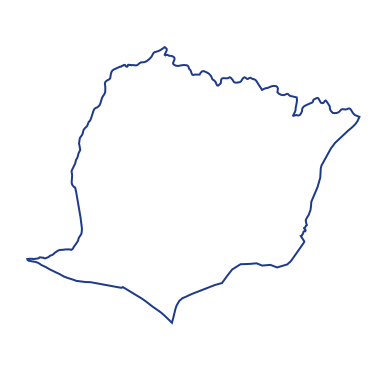 Sukhuma, Champasak, Laos (Albers equal-area conic projection), rotated 109°
{"feature_id": "54806243B81764189920693", "entity_name": "Sukhuma", "entity_type": "district", "adm_level": 2, "iso_a3": "LAO", "parent_name": "Laos", "parent_adm1": "Champasak", "projection": "albers", "projection_center": [105.623, 14.635], "detail": "fine", "context": "isolated", "style": "outline", "palette": "blue", "viewbox_px": 384, "rotation_deg": 109, "n_neighbors": 0, "source": "geoboundaries", "source_scale": "gbopen_adm2", "svg_char_len": 5437}
<svg xmlns="http://www.w3.org/2000/svg" viewBox="0 0 384 384"><g transform="rotate(109 192 192)"><path d="M66.5,58.1L66.3,60.8L66.2,63.1L65.1,65.3L62.3,68.8L61.8,69.9L61.9,70.6L62.4,71.6L63.6,72.9L64.1,74.0L64.6,76.6L65.4,77.6L66.5,78.2L68.3,79.0L69.2,79.7L70.2,81.0L71.0,82.9L71.4,84.7L69.9,87.4L68.5,88.6L66.3,89.6L65.8,90.1L64.4,91.8L62.1,94.9L62.0,95.4L62.8,96.1L64.1,96.4L65.0,96.8L65.5,97.6L65.7,98.9L64.9,100.1L62.3,103.0L62.2,103.4L62.3,104.2L63.2,105.3L64.9,106.9L65.5,107.2L67.3,107.1L68.3,107.5L69.1,108.4L72.1,111.7L73.6,113.2L74.9,114.2L76.6,114.8L77.7,114.8L79.8,114.3L82.0,114.5L83.8,115.0L84.7,115.8L85.2,116.8L85.3,118.5L86.9,120.8L86.8,121.3L84.5,121.0L82.8,120.7L80.8,120.8L78.0,121.5L75.9,121.7L71.7,122.4L69.0,123.5L68.5,123.8L68.8,127.3L69.1,129.4L69.1,131.1L68.2,132.9L68.1,133.6L68.3,134.1L70.6,136.8L71.1,139.4L70.8,141.7L69.9,143.7L66.3,144.4L65.5,145.0L65.1,145.5L64.7,146.0L64.6,147.0L65.0,149.1L66.0,151.0L67.5,152.7L69.0,154.4L70.0,156.3L71.1,157.6L72.7,159.0L71.2,160.8L68.5,164.3L66.2,167.1L65.4,168.6L65.2,169.6L65.4,171.6L64.9,173.8L65.6,175.0L66.3,175.5L67.0,176.0L67.1,177.1L66.6,178.4L66.4,179.5L67.2,180.4L68.3,181.0L70.2,181.4L71.4,181.7L72.3,182.3L73.0,183.3L73.5,184.2L74.4,186.2L74.5,187.8L74.1,188.5L72.7,190.2L71.6,192.1L71.2,193.1L71.4,194.0L72.0,194.4L72.6,195.0L73.2,196.0L73.8,198.3L74.2,199.6L74.8,200.5L75.7,200.9L76.9,200.9L78.9,200.4L79.8,200.2L81.1,200.9L82.4,201.6L83.0,202.1L83.0,202.9L82.0,204.1L80.3,205.5L79.2,207.6L79.1,208.5L78.5,209.7L76.7,211.2L75.9,212.2L75.5,212.9L74.7,214.4L74.5,215.1L74.1,217.1L74.0,218.6L73.8,219.5L74.1,220.7L74.5,221.6L75.4,222.1L76.3,222.6L77.8,222.9L78.5,223.0L79.3,225.2L80.0,227.5L80.8,228.6L81.0,229.3L80.9,230.1L79.8,231.1L77.9,232.6L77.2,233.3L76.7,234.5L75.9,235.3L75.1,235.8L74.2,236.6L73.9,237.6L74.2,239.8L74.9,241.8L76.1,244.0L77.3,246.1L77.8,248.2L77.6,250.2L77.1,251.3L76.3,251.9L75.1,251.8L74.2,251.8L72.6,251.7L71.7,251.9L70.9,252.3L70.3,253.3L70.0,255.0L70.2,256.4L70.6,258.0L70.4,259.3L70.4,260.1L71.0,261.4L71.5,261.7L71.2,262.5L70.3,262.5L67.7,262.1L66.8,262.1L65.8,262.1L64.9,262.6L64.4,263.6L63.9,264.9L67.5,267.6L68.3,268.3L69.3,269.3L69.9,269.9L70.3,270.5L70.8,271.2L71.3,272.0L71.7,272.6L72.0,272.9L72.6,273.3L73.0,273.6L73.5,273.7L74.3,273.9L75.3,274.0L76.5,274.2L77.4,274.4L78.2,274.7L79.0,275.1L80.0,275.5L81.6,276.5L82.5,277.1L83.4,277.8L84.0,278.5L84.5,279.0L84.8,279.6L85.3,280.6L85.6,281.3L85.9,282.1L86.1,282.4L86.3,282.7L86.4,282.8L87.3,283.5L88.3,284.1L89.2,284.7L89.9,285.2L90.2,285.6L90.4,285.9L90.6,286.3L90.8,287.3L91.1,288.6L91.4,289.8L91.8,290.3L91.9,290.6L91.9,290.9L91.9,291.2L91.8,291.4L91.9,291.6L92.2,292.0L92.3,292.4L92.3,292.7L92.3,293.4L92.4,293.6L93.0,294.0L93.4,294.1L93.5,294.0L93.7,293.9L94.0,293.8L94.4,293.9L94.6,294.0L94.7,294.4L94.7,295.3L94.6,295.5L94.5,295.8L94.3,296.1L94.2,296.2L93.9,296.5L93.7,296.8L93.8,297.1L93.9,297.5L94.1,297.7L94.3,298.0L94.5,298.1L94.7,298.3L95.0,298.4L95.1,298.6L95.3,298.8L95.4,299.0L95.5,299.3L95.9,299.6L96.4,299.7L96.6,299.9L97.0,300.9L101.6,305.8L103.3,306.9L105.0,307.2L107.1,307.1L109.7,306.6L111.2,306.4L112.5,307.0L113.7,308.2L115.0,309.2L116.5,309.8L117.8,309.7L120.6,308.3L123.4,307.3L125.9,306.6L128.3,306.8L130.9,307.5L132.4,307.7L135.6,307.6L137.8,307.5L140.2,307.7L142.8,309.1L143.7,310.2L145.2,311.3L146.0,311.5L147.3,311.6L151.2,311.5L154.9,311.4L157.7,311.6L159.5,312.5L162.6,312.6L163.5,312.6L164.3,312.9L165.3,313.4L166.7,314.1L168.2,314.6L169.8,314.7L172.4,314.4L173.8,314.5L175.4,315.0L177.0,315.5L178.1,315.5L183.0,314.6L184.8,313.5L188.3,311.5L189.1,311.4L192.4,311.9L195.0,311.6L196.0,311.6L196.9,311.6L199.7,312.1L200.7,312.0L203.3,311.7L205.0,312.0L207.6,312.3L211.0,312.7L211.9,312.5L215.1,310.8L218.0,310.0L222.2,308.9L224.2,307.6L225.8,305.0L225.8,304.0L229.4,301.7L252.2,289.2L262.3,284.2L264.3,283.6L266.5,283.1L268.1,283.0L270.2,283.6L271.7,284.0L273.0,284.1L275.0,283.9L276.9,284.3L279.1,284.9L282.1,285.8L284.6,286.3L286.0,287.3L286.1,288.9L287.3,292.5L288.8,295.5L289.9,298.3L291.5,300.0L294.0,301.8L296.7,303.3L298.6,305.6L299.7,306.1L300.3,306.6L301.3,307.7L302.5,309.2L302.8,310.1L302.7,310.6L302.5,311.1L302.8,312.2L302.9,312.5L303.0,313.0L303.0,313.3L303.2,313.9L303.3,314.6L303.6,315.0L304.3,315.2L305.1,316.2L307.0,320.1L307.2,321.3L307.6,322.5L308.1,324.0L309.0,325.9L309.6,325.5L309.9,325.0L310.1,324.4L310.1,323.7L309.8,321.9L309.5,319.6L309.0,317.2L309.1,314.2L310.1,310.4L310.5,306.4L310.6,305.6L311.5,301.2L311.9,297.8L312.3,294.5L312.7,290.5L313.2,288.0L313.5,286.1L313.6,285.9L313.7,283.6L313.7,280.9L313.6,274.7L313.7,272.5L313.3,270.6L311.8,263.4L310.3,258.6L305.7,228.2L305.4,227.2L304.4,226.5L308.5,207.5L309.0,205.2L310.2,200.8L313.0,192.6L316.1,181.9L316.5,180.9L317.8,177.8L319.2,174.7L322.2,168.4L316.3,168.8L307.9,169.6L304.2,169.6L298.6,168.4L297.6,167.6L295.7,166.6L293.7,164.4L288.4,158.9L272.6,140.2L268.3,134.0L260.4,131.6L252.2,128.8L244.5,122.6L241.2,114.0L238.4,107.8L238.7,101.6L235.4,94.2L235.6,86.9L229.4,78.3L227.6,77.4L226.3,76.5L224.7,75.9L222.2,75.1L203.6,69.8L202.2,69.7L198.2,74.8L197.6,74.0L196.4,73.9L195.2,73.4L193.5,73.7L192.3,73.0L192.2,72.1L191.3,72.1L190.4,72.8L190.1,74.0L189.6,74.3L188.5,73.5L186.8,73.2L185.9,72.6L184.5,73.7L182.3,75.0L181.1,75.3L179.0,75.0L175.7,74.2L170.5,74.1L166.5,74.9L162.4,76.0L146.6,74.9L136.7,75.4L127.8,77.9L124.9,78.2L105.4,74.8L98.7,72.6L83.6,64.6L78.6,61.6L74.3,59.5L71.0,58.6L66.5,58.1Z" fill="none" stroke="#1e3a8a" stroke-width="2"/></g></svg>